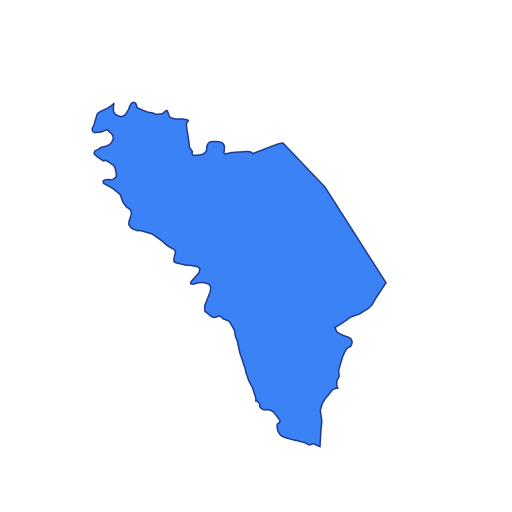 outline of H'Erelle, Laborie, Saint Lucia, rotated 154°
{"feature_id": "8701671B98929881441736", "entity_name": "H'Erelle", "entity_type": "district", "adm_level": 2, "iso_a3": "LCA", "parent_name": "Saint Lucia", "parent_adm1": "Laborie", "projection": "mercator", "projection_center": [-60.985, 13.756], "detail": "fine", "context": "isolated", "style": "filled", "palette": "blue", "viewbox_px": 512, "rotation_deg": 154, "n_neighbors": 0, "source": "geoboundaries", "source_scale": "gbopen_adm2", "svg_char_len": 6135}
<svg xmlns="http://www.w3.org/2000/svg" viewBox="0 0 512 512"><g transform="rotate(154 256 256)"><path d="M214.3,349.5L214.3,350.3L215.0,351.6L215.8,352.4L216.6,352.9L218.3,353.9L219.1,354.3L221.9,355.3L229.5,358.5L231.3,359.1L233.1,359.9L233.9,360.0L237.3,360.8L238.2,361.1L239.4,361.7L239.6,362.1L239.6,362.8L239.3,363.3L239.0,363.7L238.3,364.6L236.6,368.0L236.3,368.8L236.2,369.4L236.4,371.5L236.9,372.8L239.9,375.4L240.6,375.8L241.6,376.3L243.9,377.5L246.1,378.4L247.0,378.6L248.2,378.6L250.0,377.9L251.1,377.2L252.0,376.2L252.7,375.2L253.2,374.2L253.6,373.5L254.2,372.8L254.6,372.3L255.9,371.5L256.8,371.3L257.6,371.0L258.7,370.9L259.9,371.0L261.9,371.3L263.0,371.7L263.8,372.1L264.6,372.3L265.7,372.8L267.6,373.7L268.1,374.1L268.4,374.4L268.8,375.3L268.6,376.1L268.2,376.7L267.5,377.5L267.4,378.0L267.5,379.0L267.7,379.8L268.0,381.6L268.0,382.3L267.8,383.5L266.0,389.1L265.6,390.2L265.1,391.7L263.7,396.2L263.2,398.2L261.2,404.2L260.2,405.6L259.8,406.1L259.1,406.5L258.7,406.7L258.3,406.9L257.6,407.1L257.5,407.4L257.8,408.2L258.8,409.1L262.6,411.7L263.8,412.3L266.8,413.6L267.2,413.8L269.4,415.2L270.2,416.1L271.1,416.9L272.3,418.2L272.6,418.7L272.6,419.5L272.4,421.6L272.3,423.0L272.1,424.8L272.1,425.3L272.3,425.8L273.1,426.2L274.7,425.7L276.0,425.4L277.7,424.9L279.3,425.4L280.0,425.7L283.6,427.1L284.8,428.2L285.7,429.3L286.5,430.2L288.6,431.6L289.5,432.1L290.2,432.7L291.4,434.0L294.3,437.1L295.5,438.7L296.5,439.7L297.2,440.7L297.6,441.3L297.7,442.4L297.6,442.9L297.4,443.6L297.2,444.9L297.3,445.8L297.6,446.7L298.0,447.4L299.0,447.8L300.6,447.9L301.9,447.4L302.9,446.7L303.8,446.0L305.5,444.3L306.2,443.7L307.4,442.8L308.6,442.1L311.4,440.4L312.6,440.1L314.2,440.1L315.2,440.1L315.8,440.3L316.5,440.7L317.3,441.3L318.9,443.1L319.4,443.7L320.0,444.5L320.4,445.6L320.6,447.4L320.6,448.2L320.4,449.2L320.1,450.0L319.7,450.7L318.5,453.0L317.1,454.9L317.1,455.4L317.6,455.2L318.2,455.0L320.6,454.4L322.7,454.3L324.2,453.9L325.4,453.9L327.8,454.0L329.7,454.0L331.5,454.0L333.1,454.0L334.0,454.0L334.2,453.9L335.0,453.8L336.6,453.1L337.7,452.0L338.5,451.0L341.4,448.0L343.8,445.1L347.3,442.4L347.8,441.3L348.2,440.1L347.6,438.3L347.2,438.0L347.1,437.7L343.0,436.1L341.0,435.5L340.4,435.1L339.6,435.3L334.5,434.8L334.2,434.5L333.8,432.9L333.3,431.5L332.8,430.7L332.5,430.1L331.9,427.1L332.2,425.8L332.9,424.1L333.5,423.4L336.1,421.3L336.9,421.0L339.5,420.3L342.5,420.4L346.2,421.2L346.8,421.4L347.9,421.5L348.8,421.6L349.5,421.2L349.9,421.1L350.6,421.0L354.7,421.0L355.5,420.2L355.9,420.0L356.5,419.2L356.5,418.2L355.5,415.6L354.5,413.5L352.2,409.5L351.6,408.7L351.3,408.2L351.1,408.1L350.2,408.0L349.5,408.1L349.2,408.0L347.3,405.3L345.9,402.6L344.4,400.3L344.2,399.6L344.1,397.5L344.2,396.3L345.3,391.6L346.5,389.2L347.3,388.2L348.7,388.1L349.7,387.7L350.9,387.5L351.7,387.5L352.4,387.7L355.2,389.5L355.7,389.6L356.4,390.0L358.7,390.6L359.4,390.5L360.1,390.5L360.5,390.4L360.6,390.0L360.9,389.7L361.0,388.6L361.1,388.1L360.9,387.7L359.7,386.1L357.6,383.2L356.6,381.6L355.5,380.1L352.1,372.9L352.1,372.5L351.5,371.7L351.2,371.1L351.3,369.5L351.6,366.6L351.8,365.5L351.8,364.1L351.9,362.5L351.7,360.8L351.3,359.1L351.1,357.4L349.0,353.3L348.9,353.1L348.7,352.3L349.2,348.8L353.7,344.0L355.0,342.9L355.1,342.3L356.6,340.1L356.3,338.8L356.1,336.7L355.6,335.5L355.4,335.2L355.2,334.6L351.3,330.6L350.8,330.4L350.4,330.3L349.3,329.9L348.5,329.3L340.3,321.9L339.6,321.2L333.9,310.8L333.7,310.4L331.8,305.5L329.5,301.5L327.4,298.7L326.5,297.3L326.5,295.3L327.1,294.2L328.1,293.1L329.2,291.7L330.9,289.6L331.2,289.0L331.7,288.4L331.8,287.3L332.2,286.5L331.4,285.8L331.3,285.4L330.3,284.4L329.2,283.6L323.9,279.2L323.6,278.8L321.0,277.3L319.7,276.7L318.7,276.1L313.5,272.2L312.8,271.3L312.2,269.2L312.4,268.7L314.0,266.6L314.5,266.1L315.0,265.8L324.9,261.7L325.2,261.5L325.5,261.4L326.2,260.9L326.8,259.9L326.5,259.2L325.3,258.4L323.7,258.0L319.0,257.0L315.5,255.5L314.7,255.0L311.3,252.0L310.7,251.3L310.4,249.5L310.3,248.2L311.0,246.8L311.7,245.6L312.9,243.9L324.0,233.7L324.7,232.0L325.2,231.0L325.4,230.5L326.2,228.6L325.3,227.0L324.4,224.9L323.9,223.9L323.0,221.9L322.6,221.1L321.7,220.1L321.5,219.9L320.4,219.1L318.9,218.6L317.0,218.4L315.8,218.3L314.5,217.4L314.3,217.1L313.5,215.1L313.0,214.0L312.7,213.6L309.3,209.8L309.0,209.2L308.4,207.1L308.5,206.5L308.1,202.8L308.0,197.9L309.5,193.6L310.4,185.8L310.9,184.7L311.2,183.7L311.4,182.2L312.1,179.9L312.2,179.4L312.9,176.4L312.9,176.1L313.0,175.6L313.2,175.3L313.2,175.1L313.2,174.8L313.7,170.1L314.3,166.0L314.6,164.3L314.7,162.7L314.9,160.9L316.1,155.5L316.1,155.2L316.3,154.9L316.4,152.4L317.1,148.3L317.1,146.2L316.9,139.2L317.4,135.5L317.6,134.8L317.7,133.4L318.2,129.7L318.6,128.1L319.7,125.7L318.8,125.5L317.8,122.4L317.8,120.8L318.6,119.4L318.5,117.8L317.9,116.2L316.1,114.1L313.9,113.2L311.5,111.9L309.3,109.3L308.4,107.2L307.7,103.9L306.6,98.4L306.9,96.7L308.2,96.0L310.2,95.7L310.9,95.2L312.1,92.8L313.1,89.1L312.8,85.5L312.1,83.4L311.3,82.1L308.4,79.0L304.7,75.9L301.9,73.4L298.8,71.2L297.5,69.7L293.9,67.1L293.3,65.8L291.9,64.0L290.8,62.7L286.6,62.2L286.4,62.0L284.3,59.2L282.4,56.9L282.1,56.6L273.0,72.7L272.2,73.9L270.3,76.9L269.0,79.4L267.8,83.2L266.6,87.0L266.0,88.7L264.6,90.6L263.1,92.1L261.2,94.3L256.0,97.6L251.3,99.6L245.9,102.3L244.4,102.3L243.1,102.1L242.4,102.1L240.4,101.4L240.5,102.2L240.3,103.5L240.0,104.9L239.1,106.4L237.9,108.3L237.2,109.1L235.1,110.4L234.0,111.5L233.2,113.2L232.5,115.7L232.0,116.7L229.8,119.3L226.6,122.9L221.6,128.1L219.7,129.7L218.1,131.0L216.9,131.8L215.3,132.7L213.6,133.3L212.6,133.2L211.2,133.3L210.4,133.4L208.6,134.8L207.5,136.3L207.1,137.1L207.0,138.3L207.0,139.8L207.5,141.0L208.4,142.3L210.6,144.5L213.4,147.6L216.1,151.1L216.5,152.5L216.6,154.9L216.3,155.8L216.6,157.1L215.5,157.2L211.8,157.5L209.3,157.8L208.0,157.9L204.4,158.5L202.9,158.6L199.8,159.4L198.5,159.5L196.9,159.6L195.8,159.4L194.4,159.2L192.9,159.2L191.9,159.0L189.6,158.6L186.3,158.7L184.1,159.1L182.2,159.2L179.7,159.4L177.4,159.9L174.3,160.9L173.1,161.4L172.2,161.9L168.8,164.2L166.5,165.8L155.2,172.4L153.1,173.6L151.4,174.6L150.9,174.9L163.8,287.6L182.3,345.9L187.4,347.1L214.3,349.5Z" fill="#3b82f6" stroke="#1e3a8a" stroke-width="1.5"/></g></svg>